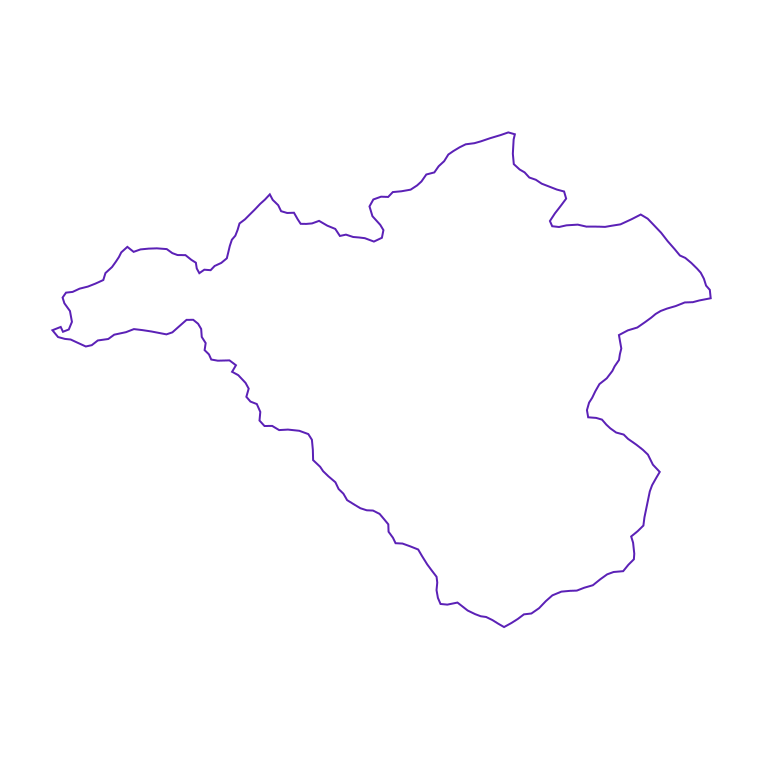 Echaporã, São Paulo, Brazil (orthographic projection), rotated 268°
{"feature_id": "56859067B12179027104670", "entity_name": "Echaporã", "entity_type": "district", "adm_level": 2, "iso_a3": "BRA", "parent_name": "Brazil", "parent_adm1": "São Paulo", "projection": "orthographic", "projection_center": [-50.188, -22.419], "detail": "fine", "context": "isolated", "style": "outline", "palette": "violet", "viewbox_px": 768, "rotation_deg": 268, "n_neighbors": 0, "source": "geoboundaries", "source_scale": "gbopen_adm2", "svg_char_len": 3554}
<svg xmlns="http://www.w3.org/2000/svg" viewBox="0 0 768 768"><g transform="rotate(268 384 384)"><path d="M223.0,625.7L228.0,632.3L233.5,638.3L241.5,639.6L267.4,645.9L273.5,648.4L280.7,652.8L286.5,656.5L294.0,649.9L304.2,645.3L309.3,640.3L314.6,634.0L320.7,625.9L325.1,621.8L327.4,614.3L331.8,608.6L335.6,604.8L340.8,600.6L342.7,594.9L343.6,586.9L350.8,585.9L358.2,588.3L363.0,591.6L369.3,594.9L376.4,599.3L381.9,606.8L389.1,612.7L393.6,615.1L399.8,619.7L405.6,620.8L411.2,622.4L424.7,620.5L429.1,629.6L431.6,639.1L436.8,647.2L441.0,653.4L444.5,657.9L447.3,663.0L449.5,669.5L451.7,678.2L455.0,687.4L455.0,695.5L456.5,702.1L458.3,713.5L466.7,712.9L471.1,709.3L478.0,707.4L484.2,704.4L488.4,700.9L494.4,695.2L499.5,689.5L502.1,684.2L508.6,679.2L516.8,672.5L525.4,666.3L534.2,658.5L540.0,653.3L544.4,646.5L540.0,637.1L535.3,625.9L534.2,616.9L533.3,610.4L533.7,604.8L534.0,599.1L534.2,591.9L536.5,583.2L536.2,571.9L534.8,564.4L535.8,557.6L541.1,555.5L548.6,560.8L552.9,564.4L556.9,567.7L562.9,572.5L570.1,570.7L572.3,563.5L575.4,556.3L578.7,548.6L582.8,542.9L585.3,536.4L590.6,531.9L593.6,527.1L599.2,521.4L609.6,520.8L617.4,521.5L623.9,522.1L629.0,523.5L631.1,517.0L628.7,509.2L625.9,498.5L623.1,489.2L621.5,482.7L620.7,474.0L617.9,467.8L614.4,461.5L611.1,456.3L604.6,451.9L599.7,446.2L593.7,441.7L591.9,433.6L585.1,428.5L581.3,424.0L577.3,417.4L576.0,408.1L575.5,399.5L570.8,394.7L571.3,387.6L568.8,379.8L562.0,375.7L552.1,378.3L543.2,385.8L537.8,388.8L530.2,387.0L526.7,378.9L530.4,369.9L531.3,364.2L532.0,358.3L534.6,351.2L533.5,345.1L540.7,340.7L544.2,332.9L549.3,324.8L547.0,317.7L546.7,311.8L547.0,306.3L551.8,303.4L558.3,300.0L558.3,293.2L560.3,287.2L566.4,284.5L571.9,279.2L577.5,276.5L572.4,271.4L568.4,266.6L562.6,260.7L557.8,255.5L553.4,250.8L549.5,245.2L543.2,243.1L537.4,240.6L533.5,237.0L527.3,234.7L520.4,232.8L515.1,231.3L510.7,225.6L507.9,218.9L503.8,214.7L504.5,208.4L501.2,203.3L506.0,200.9L511.8,200.2L514.8,195.8L519.7,190.1L520.1,182.1L522.2,177.0L526.4,171.6L527.5,161.7L527.5,153.5L527.0,145.3L524.8,138.4L530.0,132.3L524.7,126.0L520.1,123.5L515.6,120.3L510.4,116.3L504.6,109.5L497.7,107.1L494.4,99.1L491.7,91.5L489.9,83.1L486.9,76.0L486.4,69.4L481.6,65.8L475.8,67.4L467.9,72.7L457.0,74.3L449.5,70.9L447.4,65.0L452.3,62.9L449.3,54.5L442.3,59.9L440.2,66.7L439.4,72.4L436.3,78.5L431.9,87.3L433.0,93.3L437.5,99.5L438.6,110.0L442.7,116.1L444.8,127.9L447.6,136.0L446.3,144.4L444.6,153.4L441.2,168.3L443.0,174.3L448.2,180.6L455.0,188.9L454.8,195.6L450.7,200.3L445.4,203.2L437.4,203.5L431.1,207.2L424.1,205.9L419.7,210.1L414.5,212.2L413.1,218.7L413.0,230.4L407.9,236.7L401.5,232.6L397.9,238.7L389.9,245.7L384.1,248.6L376.0,246.0L371.1,249.9L368.4,256.2L360.4,259.4L351.8,258.3L346.2,263.1L346.0,270.8L341.6,277.6L341.8,286.4L340.2,297.7L336.6,306.6L330.8,310.0L320.6,310.6L310.4,310.5L303.5,317.3L299.0,320.1L293.8,325.1L287.5,332.0L280.6,335.0L275.8,339.6L269.2,343.1L264.2,350.6L260.7,356.0L258.4,362.3L257.9,368.6L254.3,375.1L248.7,379.5L243.6,383.4L236.2,383.4L230.0,387.6L224.5,390.0L223.9,396.9L220.9,404.4L217.4,412.4L210.7,416.0L202.2,420.9L196.1,425.1L189.5,429.8L183.7,430.3L176.2,429.3L168.4,430.4L162.2,432.8L161.3,439.6L163.0,449.8L154.7,459.7L150.8,467.1L148.5,472.6L147.6,477.9L144.3,484.1L140.4,489.9L136.9,495.5L140.7,503.0L144.5,509.5L148.9,515.8L149.5,523.3L154.5,531.1L161.4,538.2L166.9,544.9L170.3,554.0L170.8,562.8L170.8,569.5L173.4,577.0L175.6,585.7L181.4,593.5L186.0,600.4L188.1,606.9L188.6,616.5L194.8,621.9L200.1,627.6L205.6,628.2L216.7,627.4L223.0,625.7Z" fill="none" stroke="#5b21b6" stroke-width="2"/></g></svg>